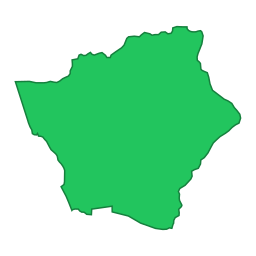 outline of Pendang, Kedah, Malaysia
{"feature_id": "92858781B37345713247698", "entity_name": "Pendang", "entity_type": "district", "adm_level": 2, "iso_a3": "MYS", "parent_name": "Malaysia", "parent_adm1": "Kedah", "projection": "albers", "projection_center": [100.552, 5.979], "detail": "fine", "context": "isolated", "style": "filled", "palette": "green", "viewbox_px": 256, "rotation_deg": 0, "n_neighbors": 0, "source": "geoboundaries", "source_scale": "gbopen_adm2", "svg_char_len": 2113}
<svg xmlns="http://www.w3.org/2000/svg" viewBox="0 0 256 256"><path d="M171.7,228.9L173.0,224.3L173.6,223.3L173.8,220.3L175.2,217.6L179.0,215.5L179.2,212.8L178.7,209.3L181.4,206.6L181.9,205.2L179.5,200.4L179.2,198.0L179.5,194.2L178.4,191.5L179.8,188.5L185.1,185.3L190.8,179.1L192.1,176.2L191.6,171.3L194.3,169.7L198.3,168.3L200.5,164.0L200.8,160.0L204.3,157.6L207.9,153.0L211.2,146.7L213.3,142.9L216.3,140.0L220.0,136.6L225.5,133.2L228.9,130.7L230.3,129.2L232.2,127.3L235.6,124.8L239.0,123.1L240.6,118.1L239.8,114.3L236.9,110.5L234.3,107.6L231.8,103.4L228.0,100.9L224.2,99.2L212.5,90.3L210.0,83.9L208.7,77.2L207.3,72.7L204.4,71.5L201.9,70.3L200.9,69.1L200.7,66.9L200.4,63.4L199.2,61.9L197.3,60.3L197.1,56.9L198.0,53.5L199.0,51.0L199.9,48.8L200.9,46.2L201.8,44.0L202.3,41.1L203.1,35.9L201.8,31.9L200.6,30.7L199.8,30.8L198.0,31.1L195.9,31.8L194.0,31.9L192.1,31.8L190.4,31.4L188.5,30.4L187.1,28.7L187.0,26.9L183.7,26.9L180.6,26.8L176.8,26.6L172.8,27.9L172.5,31.1L171.1,33.3L167.9,33.8L165.2,31.9L161.2,32.2L158.5,34.6L155.0,34.6L152.0,35.2L149.9,33.8L144.5,32.5L141.3,34.9L139.4,36.8L134.3,36.2L128.6,36.8L126.8,38.4L124.1,45.1L121.6,47.8L115.7,51.8L111.1,55.1L110.3,57.5L106.8,57.5L105.5,55.3L102.0,52.6L99.3,53.2L94.2,55.1L92.0,54.3L90.4,52.4L87.7,54.0L86.1,55.3L83.7,55.6L81.0,54.3L79.6,54.9L79.1,55.1L77.8,58.8L72.1,59.9L72.4,63.7L72.4,66.4L70.2,70.9L70.2,73.6L68.4,76.1L65.4,77.4L62.7,78.7L59.5,81.2L56.8,82.5L54.1,82.2L50.3,81.4L46.6,82.5L43.9,82.8L36.1,82.8L29.4,81.4L15.4,81.7L27.7,120.2L28.5,122.9L30.1,126.9L31.8,129.9L32.4,133.6L34.2,134.7L36.5,134.9L37.5,133.5L38.5,136.1L40.9,136.3L42.8,137.0L44.7,139.4L46.6,141.4L49.7,147.3L51.1,149.7L53.5,151.8L55.7,153.8L57.1,155.7L57.5,157.3L58.0,160.0L59.4,161.9L61.2,163.8L62.8,166.1L64.0,168.3L64.7,170.6L64.5,181.9L64.0,184.5L61.1,186.7L66.2,196.4L68.6,202.1L71.9,210.4L72.4,209.7L75.0,209.0L78.3,209.1L79.8,211.0L81.7,212.1L84.1,212.2L85.5,213.3L86.7,214.3L91.4,214.7L91.7,209.1L112.1,206.2L112.2,211.9L128.4,216.0L140.6,223.1L155.5,228.4L162.8,229.4L166.6,229.2L169.5,227.8L171.7,228.4L171.7,228.9Z" fill="#22c55e" stroke="#15803d" stroke-width="1.5"/></svg>